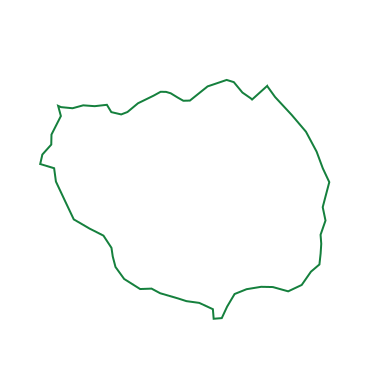 the district of Konia, Paphos, Cyprus, rotated 159°
{"feature_id": "46923920B68856851559868", "entity_name": "Konia", "entity_type": "district", "adm_level": 2, "iso_a3": "CYP", "parent_name": "Cyprus", "parent_adm1": "Paphos", "projection": "mercator", "projection_center": [32.462, 34.78], "detail": "fine", "context": "isolated", "style": "outline", "palette": "green", "viewbox_px": 384, "rotation_deg": 159, "n_neighbors": 0, "source": "geoboundaries", "source_scale": "gbopen_adm2", "svg_char_len": 1021}
<svg xmlns="http://www.w3.org/2000/svg" viewBox="0 0 384 384"><g transform="rotate(159 192 192)"><path d="M83.8,264.1L102.8,256.8L103.5,258.3L109.3,266.8L113.6,279.6L119.5,284.2L129.8,284.6L139.6,285.0L161.2,278.1L167.4,280.3L171.5,285.3L176.5,291.8L180.4,294.8L185.4,296.8L193.4,295.7L203.7,294.8L210.6,294.2L223.6,289.8L230.3,289.8L238.7,295.5L240.2,303.9L252.1,307.0L262.5,311.9L273.5,313.0L283.9,318.2L286.1,320.4L287.2,309.9L302.6,296.0L306.4,286.7L318.3,280.6L319.4,278.9L323.7,272.5L312.2,263.6L315.3,250.5L313.7,228.5L312.2,208.8L300.7,194.5L290.3,183.0L287.2,168.7L289.1,160.2L290.3,149.4L286.5,135.1L275.2,120.0L264.4,116.3L258.0,108.9L243.0,97.5L236.3,92.1L225.0,85.9L214.5,75.1L217.2,65.9L209.4,63.6L200.3,72.4L188.8,81.5L175.9,81.7L161.4,78.7L150.6,74.3L137.8,64.8L122.9,65.9L109.5,75.0L99.0,78.7L94.0,88.4L89.9,97.3L87.3,106.0L77.6,117.5L75.4,131.0L71.1,137.0L60.3,152.0L61.4,167.2L61.2,185.0L64.0,207.4L71.3,228.2L80.4,250.9L83.8,263.8L83.8,264.1Z" fill="none" stroke="#15803d" stroke-width="2"/></g></svg>